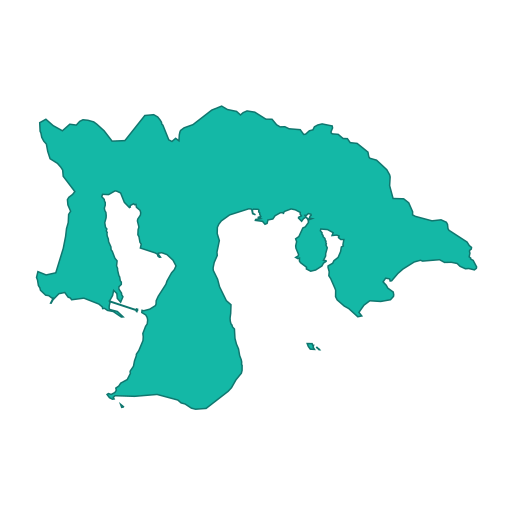 Grundarfjarðarbær, Vesturland, Iceland (orthographic projection), rotated 178°
{"feature_id": "244011B76246482597042", "entity_name": "Grundarfjarðarbær", "entity_type": "district", "adm_level": 2, "iso_a3": "ISL", "parent_name": "Iceland", "parent_adm1": "Vesturland", "projection": "orthographic", "projection_center": [-23.233, 64.943], "detail": "fine", "context": "isolated", "style": "filled", "palette": "teal", "viewbox_px": 512, "rotation_deg": 178, "n_neighbors": 0, "source": "geoboundaries", "source_scale": "gbopen_adm2", "svg_char_len": 6143}
<svg xmlns="http://www.w3.org/2000/svg" viewBox="0 0 512 512"><g transform="rotate(178 256 256)"><path d="M474.5,248.0L476.1,242.2L475.2,239.7L474.5,234.1L473.1,231.7L472.6,229.3L467.6,224.2L464.5,223.6L461.4,221.1L460.0,221.0L460.6,220.1L460.0,219.7L454.3,225.2L448.4,226.2L445.2,221.4L443.0,220.5L441.8,218.7L429.5,219.9L414.8,213.5L411.4,210.5L411.1,208.8L409.1,208.9L406.3,206.8L400.6,205.5L392.7,199.7L390.9,199.8L396.5,205.4L404.2,207.7L404.6,209.2L404.4,211.5L403.6,214.3L404.0,215.6L376.9,205.6L377.4,204.7L377.0,204.5L376.2,206.9L376.8,207.1L376.5,206.2L379.9,207.2L404.0,216.1L400.7,221.5L399.5,226.6L396.4,223.4L396.1,218.5L392.9,214.6L390.4,219.9L391.6,221.9L391.7,223.6L394.2,227.8L394.1,230.0L391.6,232.3L391.5,234.6L392.5,236.0L393.0,239.9L393.7,241.1L394.8,246.6L394.8,248.5L395.7,250.9L395.0,256.0L397.1,258.7L399.5,265.8L400.6,267.3L400.7,270.2L402.8,275.4L403.0,278.2L404.0,281.1L404.2,283.5L403.9,284.8L404.8,286.3L404.1,288.2L405.4,289.9L406.0,294.6L404.5,299.4L404.3,301.7L404.5,304.8L405.5,306.7L405.9,309.1L404.9,312.0L404.8,314.8L405.5,316.1L405.7,317.9L408.1,320.7L407.2,323.0L401.2,322.5L394.6,326.0L392.8,325.6L389.1,323.7L385.7,314.2L380.8,308.8L379.9,309.3L380.1,310.3L379.7,310.9L376.5,312.5L375.6,311.5L374.2,311.8L373.8,308.9L370.3,305.7L369.7,303.3L370.1,300.9L372.9,297.0L373.3,295.2L372.0,289.0L372.9,286.5L373.3,281.3L372.3,279.4L371.5,273.8L370.3,271.8L371.3,268.0L356.6,262.6L354.4,261.2L354.1,259.5L352.6,258.1L351.5,258.2L353.3,260.8L353.5,262.2L350.1,262.6L344.9,260.5L339.1,254.7L336.3,248.9L338.1,245.2L341.0,242.1L345.8,234.2L347.0,230.9L355.1,219.2L357.3,214.8L357.6,211.3L358.3,209.9L364.0,206.6L370.1,205.2L371.8,205.7L372.1,203.5L368.2,200.9L366.9,198.3L366.5,195.8L367.1,191.9L368.8,189.6L371.8,182.5L371.5,179.2L371.9,175.4L376.4,165.6L379.0,162.0L379.1,160.5L381.1,155.4L382.3,150.1L385.6,145.6L385.9,144.7L385.6,143.1L389.0,137.0L395.6,133.7L397.7,130.8L400.7,128.9L400.3,126.7L401.8,124.5L405.6,122.7L408.3,123.7L409.7,122.8L407.4,119.5L404.5,117.9L402.8,118.1L403.6,119.8L401.7,121.3L382.3,120.0L359.7,121.1L339.2,114.8L336.0,111.8L332.1,110.6L325.9,106.2L321.8,105.0L311.2,105.4L288.6,121.7L285.1,125.2L280.3,133.0L274.7,139.4L273.9,142.2L273.7,147.3L274.2,148.0L274.0,150.6L274.4,152.9L275.8,157.0L276.7,163.7L278.6,168.6L279.9,174.4L280.1,183.8L281.9,185.8L282.5,188.0L283.4,189.1L284.0,192.0L284.1,194.8L283.3,199.5L282.7,208.2L287.2,212.4L293.5,226.5L295.2,234.1L299.2,243.1L299.3,245.6L298.0,251.0L294.7,257.9L294.9,261.2L292.1,272.7L294.0,279.8L293.6,286.0L292.0,289.2L289.4,292.3L280.9,298.0L261.7,303.4L259.4,303.2L258.6,302.4L257.9,298.4L255.1,297.2L257.6,298.8L258.1,302.0L256.9,302.9L252.3,302.6L251.5,301.9L251.8,300.0L250.7,298.9L250.9,297.8L249.8,295.3L252.9,294.5L250.5,294.7L250.3,294.0L251.4,293.8L250.2,293.2L255.1,292.5L255.4,291.6L248.3,290.4L245.9,287.4L243.8,288.2L242.8,291.6L237.9,292.4L235.5,295.6L230.1,298.4L227.5,298.4L227.0,297.0L227.1,298.4L225.6,299.7L219.3,301.8L215.1,300.8L210.2,298.0L210.4,296.3L209.2,294.5L212.1,293.2L212.2,292.4L209.2,289.1L207.2,291.7L204.6,293.1L205.7,294.9L204.2,294.9L202.2,296.6L199.6,295.8L199.4,294.8L200.5,294.0L201.4,291.9L198.7,291.4L201.9,290.3L204.4,292.9L202.7,290.3L202.4,287.7L205.7,283.4L208.2,282.4L212.5,273.9L215.8,271.8L214.9,268.9L216.0,264.7L215.8,262.4L213.4,256.1L213.8,254.6L216.4,253.2L214.3,251.9L212.6,252.4L212.8,249.5L211.8,247.8L205.9,243.0L206.1,241.3L201.9,238.9L196.9,239.9L190.5,243.7L188.8,246.5L186.1,248.2L186.2,248.9L188.7,249.3L186.4,253.6L186.3,255.9L184.5,261.7L185.8,264.7L185.2,265.7L185.8,267.1L185.5,268.4L186.2,269.0L186.5,271.1L188.3,273.0L188.3,274.3L189.3,275.4L189.2,277.0L190.8,278.9L190.3,280.7L183.5,279.9L178.1,276.6L179.3,273.8L174.8,274.1L172.3,273.1L172.9,271.5L170.7,269.5L167.6,269.4L168.7,264.4L168.4,263.0L170.4,262.0L171.3,257.5L174.0,251.7L178.3,248.6L179.6,246.1L184.3,243.6L184.4,242.0L183.4,237.7L183.9,233.7L182.1,230.7L178.0,220.3L177.6,218.9L177.9,212.6L176.4,209.3L169.6,202.9L165.1,200.2L156.4,191.7L152.4,192.4L155.1,196.1L149.8,203.1L143.8,207.3L133.0,206.2L123.1,207.6L120.0,210.8L119.7,212.4L120.1,215.2L125.4,219.3L126.9,222.3L129.9,225.7L127.2,229.3L123.3,228.5L122.8,226.3L121.3,226.5L114.8,233.6L109.5,237.9L98.1,244.5L91.8,246.0L89.7,245.1L72.7,245.9L67.8,243.0L61.0,242.9L55.2,241.5L52.5,238.6L47.1,235.9L43.9,236.1L38.2,234.5L36.2,236.0L35.9,237.4L39.1,244.0L41.6,245.5L41.5,246.4L43.0,247.7L42.1,251.4L42.5,252.9L42.3,254.2L40.6,255.4L40.3,257.1L42.5,259.0L44.6,262.6L62.3,275.0L63.2,276.7L63.5,280.9L64.6,283.1L69.8,285.7L78.9,285.0L95.5,290.1L98.1,291.7L97.9,294.7L101.5,303.8L106.4,308.0L117.0,308.7L120.0,321.6L119.2,330.3L119.6,332.4L122.3,337.7L132.2,347.6L138.8,349.7L139.8,351.2L140.5,355.9L151.0,365.0L157.9,366.0L160.6,370.1L164.9,370.4L169.6,374.7L175.5,375.4L176.6,376.4L176.7,377.5L175.0,381.3L175.3,383.3L185.3,385.7L189.7,384.8L193.1,383.1L194.7,380.1L198.3,379.3L202.2,376.0L204.1,375.8L207.4,380.7L218.5,382.0L222.7,384.2L227.4,384.2L230.8,386.4L235.2,392.1L241.3,392.4L252.2,399.8L259.9,401.3L263.9,399.7L266.6,397.5L270.4,401.2L279.5,403.4L285.1,407.0L295.1,403.4L314.4,389.5L323.4,386.6L327.0,384.1L327.7,382.6L328.4,379.9L329.0,373.8L332.2,376.4L336.0,373.4L339.1,375.1L344.5,390.0L345.6,391.2L345.8,393.0L347.1,395.3L349.4,398.4L353.3,400.8L362.2,400.3L383.0,375.9L395.8,375.8L403.5,386.5L410.5,393.3L413.5,395.7L419.2,397.5L424.2,398.2L427.5,396.7L431.0,393.1L437.5,394.2L445.1,387.9L454.2,393.4L461.2,400.0L467.5,396.8L467.4,388.2L466.7,386.5L466.0,382.1L464.1,378.2L461.6,375.2L460.5,367.8L458.4,360.4L451.2,355.5L448.0,351.6L446.2,348.6L445.9,342.4L434.8,326.7L437.2,323.9L441.0,321.2L442.5,318.9L442.2,313.6L439.7,307.2L441.8,304.1L442.5,295.9L444.4,290.1L445.6,282.2L448.4,270.2L456.7,246.2L466.4,244.4L474.5,248.0ZM205.0,161.0L200.8,160.6L202.1,162.9L201.6,164.7L202.3,164.6L203.0,166.5L207.9,166.7L206.9,163.8L205.0,161.0ZM395.5,109.4L393.9,109.7L393.7,110.0L396.5,112.5L395.5,109.4ZM462.4,216.0L460.6,219.0L461.1,219.3L462.9,216.1L462.4,216.0ZM197.4,161.4L196.2,160.1L195.7,160.1L196.8,161.4L197.4,161.4ZM199.0,162.8L198.3,162.1L197.4,162.2L199.0,162.8Z" fill="#14b8a6" stroke="#0f766e" stroke-width="1.5"/></g></svg>